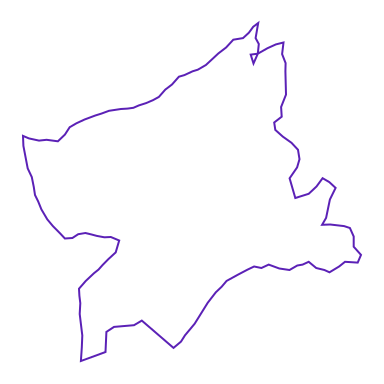 outline of Atalaia, Paraná, Brazil
{"feature_id": "56859067B91834913468512", "entity_name": "Atalaia", "entity_type": "district", "adm_level": 2, "iso_a3": "BRA", "parent_name": "Brazil", "parent_adm1": "Paraná", "projection": "equal_earth", "projection_center": [-52.06, -23.127], "detail": "fine", "context": "isolated", "style": "outline", "palette": "violet", "viewbox_px": 384, "rotation_deg": 0, "n_neighbors": 0, "source": "geoboundaries", "source_scale": "gbopen_adm2", "svg_char_len": 1682}
<svg xmlns="http://www.w3.org/2000/svg" viewBox="0 0 384 384"><path d="M257.8,53.7L258.8,44.0L255.6,38.1L258.2,23.0L253.2,26.8L248.9,32.7L243.0,38.1L233.3,39.7L226.1,47.5L218.4,53.4L205.9,65.0L197.8,69.7L192.6,71.3L184.4,75.1L178.9,76.7L172.0,84.5L165.3,89.6L158.9,96.9L153.1,100.1L146.1,103.1L138.9,105.4L133.4,107.8L127.5,108.6L120.9,109.0L109.0,110.8L101.4,113.6L95.3,115.5L84.6,119.5L76.4,123.3L69.7,127.2L64.9,134.6L57.9,141.3L46.6,139.8L39.0,140.6L28.9,138.4L23.0,135.9L23.4,145.9L27.7,168.4L31.8,177.1L33.8,187.1L35.0,195.0L38.2,201.5L41.4,209.4L47.3,219.4L52.9,226.1L60.5,233.8L64.9,238.5L72.4,238.0L78.2,234.2L85.3,233.0L91.6,234.5L96.8,235.9L104.4,237.3L110.8,237.0L119.2,240.5L115.7,252.4L108.4,259.1L102.6,265.0L98.5,269.6L94.0,273.2L85.8,280.9L79.0,288.7L79.4,295.8L80.3,303.2L79.7,314.0L82.3,335.5L81.8,347.5L80.9,361.0L105.5,352.0L106.4,331.9L114.0,326.9L134.0,325.2L141.8,320.6L173.5,347.9L181.0,341.6L185.0,335.3L194.6,323.8L198.3,317.9L207.7,302.8L215.8,292.3L221.6,286.8L226.6,280.9L237.9,274.7L247.4,269.7L254.1,266.5L261.4,268.0L268.7,264.6L279.3,268.5L289.5,270.0L297.3,265.5L302.6,264.6L308.7,261.8L316.2,268.0L324.4,270.0L329.5,272.3L339.1,266.5L345.0,261.8L357.7,262.6L361.0,254.9L353.7,246.7L353.7,236.5L349.9,228.0L344.1,226.1L330.2,224.5L322.1,224.8L326.1,217.9L329.9,199.5L335.6,187.9L329.3,182.1L322.6,178.2L316.5,186.5L308.7,193.8L295.3,198.0L289.6,178.3L297.1,167.4L299.5,159.2L298.0,149.8L291.5,142.8L282.8,136.6L275.3,129.9L274.2,122.5L281.7,116.7L281.1,107.0L286.0,94.6L285.4,71.3L285.6,63.1L282.1,54.1L283.5,42.5L275.9,44.4L267.5,48.2L257.8,53.7ZM257.8,53.7L253.5,63.5L250.7,54.6L257.8,53.7Z" fill="none" stroke="#5b21b6" stroke-width="2"/></svg>